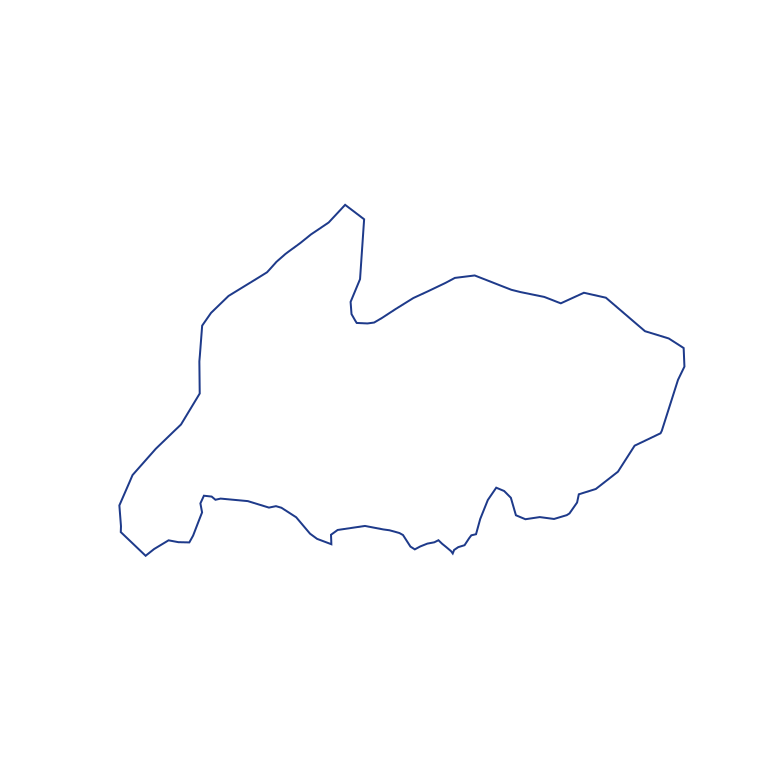 Ogbadibo, Benue, Nigeria, rotated 72°
{"feature_id": "59680162B26648923761656", "entity_name": "Ogbadibo", "entity_type": "district", "adm_level": 2, "iso_a3": "NGA", "parent_name": "Nigeria", "parent_adm1": "Benue", "projection": "natural_earth1", "projection_center": [7.68, 7.022], "detail": "fine", "context": "isolated", "style": "outline", "palette": "blue", "viewbox_px": 768, "rotation_deg": 72, "n_neighbors": 0, "source": "geoboundaries", "source_scale": "gbopen_adm2", "svg_char_len": 1614}
<svg xmlns="http://www.w3.org/2000/svg" viewBox="0 0 768 768"><g transform="rotate(72 384 384)"><path d="M438.0,678.1L443.5,680.1L473.7,663.8L469.9,653.6L466.1,637.2L470.9,628.4L474.5,618.1L469.2,612.4L457.6,603.0L449.9,596.7L440.8,595.5L434.6,589.8L437.8,582.7L442.0,580.1L442.5,574.8L453.3,549.7L466.0,531.6L466.8,524.5L470.0,519.8L483.6,508.7L503.5,500.6L510.6,495.5L520.1,483.6L517.1,482.7L511.0,481.0L508.5,473.2L513.1,446.0L522.1,429.6L524.8,424.0L527.6,419.7L530.5,415.4L533.5,412.6L546.8,409.1L550.8,405.8L549.7,399.7L549.2,392.1L550.1,385.1L549.4,380.5L553.9,378.1L558.2,375.3L563.7,371.9L566.4,371.0L563.5,368.6L562.1,363.8L562.2,357.2L557.0,350.7L554.9,347.7L555.3,342.9L542.1,334.2L526.4,321.1L517.3,309.3L522.9,302.8L531.4,298.5L549.6,299.1L556.3,291.3L558.7,277.0L564.9,264.0L565.2,250.7L564.4,247.6L556.4,237.0L549.1,232.8L549.3,215.0L539.7,188.6L520.1,164.7L516.3,136.2L514.4,134.3L470.9,103.1L460.3,92.9L442.4,87.9L428.7,99.1L414.4,119.5L370.5,146.3L359.0,165.7L361.9,190.9L360.1,193.2L355.8,198.4L350.7,204.7L338.8,225.7L333.8,233.7L327.6,241.3L322.5,247.5L308.8,264.2L305.0,283.8L306.9,294.6L309.4,313.5L311.3,329.5L316.3,349.8L320.6,365.7L322.5,374.4L321.3,381.0L317.5,391.1L314.7,391.8L307.5,393.3L295.6,390.4L276.9,374.4L221.2,352.0L201.6,365.6L210.8,382.2L213.3,386.7L219.2,407.3L223.9,419.6L225.6,424.7L228.2,432.7L229.8,437.4L234.5,448.4L238.7,455.6L241.6,460.7L243.8,469.6L252.2,504.6L262.9,526.5L272.3,538.9L300.2,550.4L305.4,552.6L336.1,562.2L359.8,589.6L363.6,597.5L375.1,621.1L392.9,651.3L398.4,656.1L417.7,673.2L438.0,678.1Z" fill="none" stroke="#1e3a8a" stroke-width="2"/></g></svg>